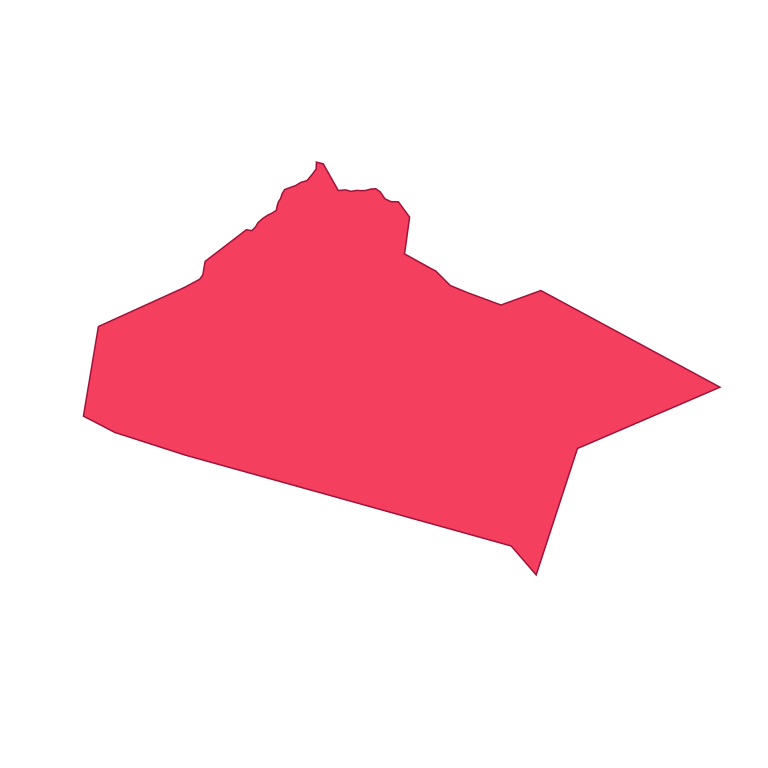 outline of Santo Inácio do Piauí, Piauí, Brazil, rotated 225°
{"feature_id": "56859067B9028675436442", "entity_name": "Santo Inácio do Piauí", "entity_type": "district", "adm_level": 2, "iso_a3": "BRA", "parent_name": "Brazil", "parent_adm1": "Piauí", "projection": "robinson", "projection_center": [-41.926, -7.457], "detail": "fine", "context": "isolated", "style": "filled", "palette": "rose", "viewbox_px": 768, "rotation_deg": 225, "n_neighbors": 0, "source": "geoboundaries", "source_scale": "gbopen_adm2", "svg_char_len": 891}
<svg xmlns="http://www.w3.org/2000/svg" viewBox="0 0 768 768"><g transform="rotate(225 384 384)"><path d="M588.7,493.1L584.0,488.1L583.0,481.4L582.3,473.4L585.4,467.6L586.8,461.8L589.8,455.6L591.7,451.2L590.7,446.7L588.3,442.1L587.4,438.0L585.4,434.3L582.9,430.4L584.3,424.9L585.6,421.1L586.8,414.8L587.2,409.0L585.9,404.2L585.9,399.0L590.4,395.7L597.2,344.3L593.8,339.4L589.3,333.1L588.4,327.8L593.3,311.4L626.6,222.7L573.8,148.7L557.9,153.8L540.1,159.4L474.0,193.3L365.4,254.6L358.0,258.8L265.1,311.1L179.5,359.4L141.4,356.6L201.6,475.2L144.2,619.3L339.2,561.0L357.2,522.5L389.6,507.6L406.8,500.5L427.4,500.5L432.3,498.9L461.5,490.5L468.3,499.6L483.9,520.1L502.7,523.0L508.0,517.9L514.2,515.6L522.5,517.2L527.8,516.3L531.1,512.6L534.0,507.6L537.4,504.1L540.3,501.5L543.4,497.0L548.4,494.1L553.2,488.5L582.6,496.7L588.7,493.1Z" fill="#f43f5e" stroke="#9f1239" stroke-width="1.5"/></g></svg>